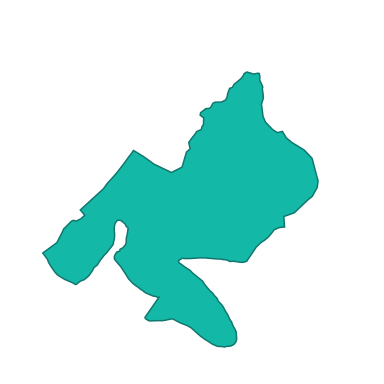 outline of Ogun Waterside, Ogun, Nigeria, rotated 113°
{"feature_id": "59680162B53764009147535", "entity_name": "Ogun Waterside", "entity_type": "district", "adm_level": 2, "iso_a3": "NGA", "parent_name": "Nigeria", "parent_adm1": "Ogun", "projection": "albers", "projection_center": [4.463, 6.482], "detail": "fine", "context": "isolated", "style": "filled", "palette": "teal", "viewbox_px": 384, "rotation_deg": 113, "n_neighbors": 0, "source": "geoboundaries", "source_scale": "gbopen_adm2", "svg_char_len": 3364}
<svg xmlns="http://www.w3.org/2000/svg" viewBox="0 0 384 384"><g transform="rotate(113 192 192)"><path d="M326.8,185.5L327.4,181.2L326.2,178.4L324.6,175.0L323.3,172.1L322.2,169.3L320.5,166.5L316.5,160.8L316.5,159.3L316.5,158.5L317.0,152.8L317.0,149.4L316.9,146.0L316.9,143.2L317.5,139.2L319.1,134.6L320.3,131.2L320.8,129.5L321.3,128.1L321.4,127.8L321.9,125.5L322.5,123.2L323.0,119.8L323.6,116.4L324.0,114.2L324.1,113.6L324.1,110.1L324.1,107.9L322.9,105.0L321.8,101.1L320.6,99.9L319.8,98.2L318.9,96.5L317.2,94.8L315.5,93.7L312.9,93.1L310.4,93.2L307.0,94.9L303.6,96.6L301.9,98.3L300.2,100.6L299.4,101.8L296.3,104.6L294.0,108.0L291.5,110.6L291.2,110.9L288.4,114.9L285.6,118.3L283.9,121.2L282.2,125.2L280.0,127.5L279.0,130.0L278.6,130.9L276.6,134.3L276.0,136.6L273.8,141.1L271.6,145.1L269.9,147.4L268.8,151.4L267.6,155.4L267.1,157.2L266.5,159.4L264.8,163.4L264.3,166.8L263.7,169.6L262.6,174.2L262.1,176.5L260.4,177.6L257.0,175.3L255.8,171.9L254.1,168.0L251.8,163.4L249.5,158.9L248.4,156.1L247.3,153.6L247.2,153.2L246.0,149.3L244.3,144.1L242.7,139.8L242.6,139.6L242.0,136.8L240.9,133.4L241.2,130.1L239.7,127.1L238.5,123.1L237.9,120.3L236.8,117.5L234.5,114.6L228.7,113.5L217.5,111.3L216.3,110.8L212.4,109.1L209.5,107.4L207.8,106.2L205.5,105.1L203.3,104.0L197.6,102.3L195.3,101.8L193.6,100.6L190.7,97.8L189.0,95.0L188.1,93.1L178.7,97.9L171.2,89.7L154.3,82.4L149.0,79.6L138.9,78.5L132.5,80.3L124.6,86.5L114.0,94.7L109.5,105.2L107.5,119.1L105.3,126.4L100.9,132.5L104.0,136.6L103.0,142.3L98.9,151.8L94.6,156.2L85.5,161.5L84.2,162.3L77.6,163.0L73.8,165.0L69.9,167.4L67.7,167.9L65.5,170.1L62.7,173.3L59.1,174.7L56.6,176.4L57.0,177.9L57.7,179.0L59.3,181.2L60.1,188.4L62.7,190.3L65.1,190.3L68.5,191.2L76.3,195.3L80.2,195.8L81.9,197.9L87.6,197.6L90.7,196.8L94.1,197.0L97.7,200.0L100.3,205.9L102.4,207.5L105.7,207.7L108.0,208.3L109.9,211.9L115.7,215.1L118.1,214.5L119.2,210.2L125.6,207.8L127.8,208.4L128.1,208.3L130.8,207.9L134.8,211.5L136.4,211.5L142.0,213.1L147.6,214.4L153.0,210.6L157.4,212.7L173.0,210.9L182.1,218.6L181.2,237.9L178.3,250.5L176.6,262.1L181.1,263.0L183.7,263.8L192.2,265.7L202.9,268.5L209.7,270.7L217.0,273.3L223.6,274.8L252.2,287.8L255.3,281.6L260.3,284.0L261.8,285.3L264.2,287.3L264.3,289.9L265.7,291.4L269.2,292.9L272.9,294.3L276.2,295.7L278.8,295.7L291.4,296.6L306.5,305.5L310.5,298.7L312.7,296.7L314.4,294.4L316.1,292.1L317.8,289.3L319.5,286.5L320.6,284.2L321.1,282.5L322.2,275.1L322.2,271.7L322.2,268.8L322.2,266.6L322.7,263.1L321.7,262.0L320.2,261.4L317.6,259.8L316.5,258.7L315.0,257.1L312.7,255.8L308.8,254.0L303.6,253.0L299.7,252.6L296.4,250.7L290.9,249.8L286.9,248.7L284.0,248.0L281.8,246.9L277.2,245.7L275.5,245.2L273.2,244.6L271.5,244.1L268.1,244.7L265.3,245.2L261.9,246.4L259.6,247.5L257.4,248.7L254.5,249.9L251.7,250.4L250.3,250.4L248.7,250.0L247.0,249.5L246.0,246.5L247.1,242.5L247.7,240.8L249.4,239.1L250.1,236.7L256.2,235.1L260.1,234.5L263.0,233.3L264.7,232.7L266.9,232.7L270.3,233.8L272.7,235.8L274.7,235.5L276.6,237.8L279.5,238.3L281.7,238.3L282.8,237.8L284.0,237.2L285.1,235.5L286.8,232.0L287.9,229.8L287.9,229.7L288.5,228.6L290.7,225.2L293.0,221.8L293.7,220.7L295.8,217.8L296.9,216.1L299.2,210.9L300.3,206.9L300.8,204.1L301.4,202.4L301.9,199.5L302.5,197.3L303.0,195.0L303.0,192.1L303.0,189.9L303.0,187.0L302.4,185.3L302.4,183.1L301.8,181.3L315.7,184.2L325.7,186.3L326.8,185.5Z" fill="#14b8a6" stroke="#0f766e" stroke-width="1.5"/></g></svg>